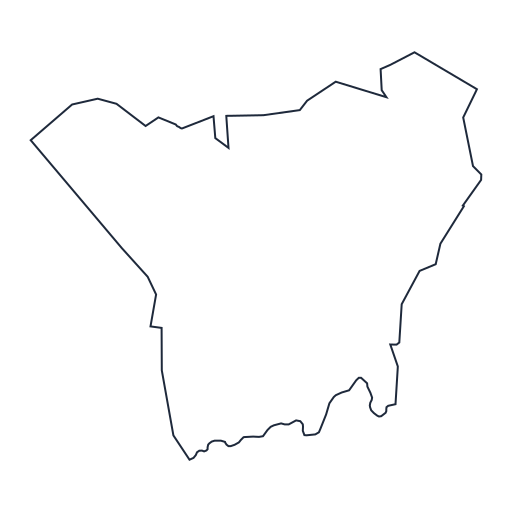 the district of Henderson, North Carolina, United States of America
{"feature_id": "52423323B65725719955419", "entity_name": "Henderson", "entity_type": "district", "adm_level": 2, "iso_a3": "USA", "parent_name": "United States of America", "parent_adm1": "North Carolina", "projection": "orthographic", "projection_center": [-82.46, 35.322], "detail": "fine", "context": "isolated", "style": "outline", "palette": "slate", "viewbox_px": 512, "rotation_deg": 0, "n_neighbors": 0, "source": "geoboundaries", "source_scale": "gbopen_adm2", "svg_char_len": 1708}
<svg xmlns="http://www.w3.org/2000/svg" viewBox="0 0 512 512"><path d="M395.5,404.2L397.7,368.7L397.8,366.4L390.3,344.5L394.7,344.6L396.6,344.6L399.3,342.5L401.7,304.2L419.6,270.9L435.7,264.2L440.4,243.7L463.9,206.2L463.2,205.6L462.9,205.5L481.1,179.9L481.3,174.5L473.0,166.1L463.2,117.5L475.9,91.4L476.9,89.2L414.5,52.3L390.2,64.9L380.6,69.1L381.7,90.1L381.7,90.3L381.8,90.5L382.0,90.6L386.4,97.2L335.7,81.7L307.1,100.7L299.8,110.1L263.4,115.2L230.9,115.8L227.5,115.8L226.3,115.9L226.3,116.2L228.5,147.9L215.3,138.1L213.5,116.2L182.2,128.4L181.4,128.4L180.3,127.9L179.1,127.0L177.2,126.2L176.8,125.8L175.8,124.5L158.4,117.4L145.6,126.0L116.5,103.8L97.7,98.7L72.1,104.5L30.7,140.2L121.8,248.1L147.7,276.8L156.1,294.5L150.5,326.4L161.6,327.9L161.8,370.4L173.4,435.4L189.5,459.7L193.5,457.9L195.8,455.1L197.0,452.3L199.3,450.7L202.0,450.6L204.1,451.4L206.4,450.5L207.6,449.2L207.6,447.2L208.2,444.6L209.4,443.3L211.7,441.6L214.5,440.7L217.3,440.7L221.0,440.7L225.0,441.9L225.2,442.6L226.5,444.6L228.4,446.1L230.8,446.1L234.6,444.8L238.9,442.4L240.9,439.9L242.7,438.1L243.1,437.6L243.9,437.1L253.1,436.6L259.0,436.9L263.0,436.2L267.5,430.0L270.7,426.8L273.9,425.3L281.1,423.4L284.7,424.4L288.7,424.4L296.1,420.4L300.3,421.2L302.8,424.3L303.0,426.7L302.8,430.8L304.4,435.1L306.5,435.3L315.3,434.4L318.9,432.3L320.4,428.8L326.1,414.5L329.4,403.3L333.8,397.0L335.8,395.2L341.7,392.5L349.1,390.3L356.2,380.3L358.8,377.8L361.1,377.8L367.1,383.3L367.4,386.6L370.4,392.8L372.1,397.6L371.7,400.0L370.3,402.7L369.8,405.4L370.1,407.3L371.2,410.3L373.9,413.1L377.3,415.7L379.0,416.5L381.2,416.2L385.6,412.8L386.3,411.1L386.3,409.1L386.5,407.2L388.2,405.8L395.5,404.2Z" fill="none" stroke="#1e293b" stroke-width="2"/></svg>